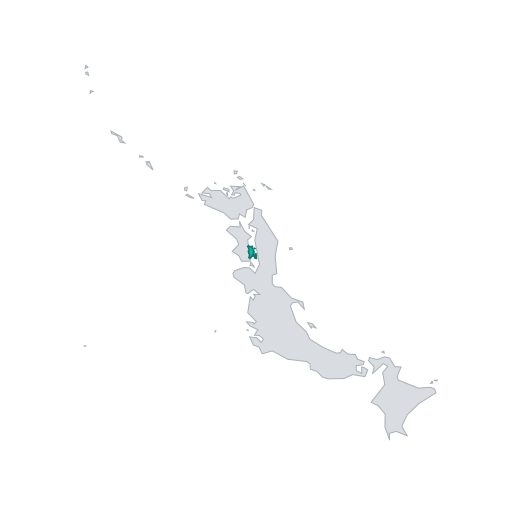 where Kagawa sits in Japan, rotated 100°
{"feature_id": "JPN-1833", "entity_name": "Kagawa", "entity_type": "Prefecture", "adm_level": 1, "iso_a3": "JPN", "parent_name": "Japan", "parent_adm1": "", "projection": "equal_earth", "projection_center": [134.035, 34.276], "detail": "fine", "context": "in_parent", "style": "filled", "palette": "teal", "viewbox_px": 512, "rotation_deg": 100, "n_neighbors": 0, "source": "natural_earth", "source_scale": "10m", "svg_char_len": 5665}
<svg xmlns="http://www.w3.org/2000/svg" viewBox="0 0 512 512"><g transform="rotate(100 256 256)"><path d="M348.7,126.1L355.9,127.9L356.0,140.2L361.4,148.1L364.5,163.9L363.6,169.7L358.9,176.2L358.0,182.8L353.0,184.0L351.1,187.5L352.2,206.8L346.6,223.4L351.2,232.9L345.3,237.0L344.0,243.2L336.8,248.3L336.4,241.0L340.1,235.6L336.4,234.2L333.8,238.9L334.3,243.8L328.2,241.4L326.0,249.7L322.5,253.9L321.9,247.1L323.3,246.2L320.6,244.3L313.2,254.3L297.0,254.6L300.0,251.0L295.5,249.8L294.2,251.7L293.2,245.7L289.4,252.8L294.4,257.4L294.1,259.5L286.6,262.3L280.7,274.1L277.5,275.6L274.0,274.3L269.3,265.6L268.9,260.2L273.4,253.9L263.7,251.1L240.7,259.9L228.8,259.5L226.3,268.8L220.5,264.7L208.6,266.2L210.0,258.2L215.0,257.8L237.6,237.0L252.8,237.1L269.8,232.5L272.0,236.7L280.2,235.2L282.9,232.1L282.5,225.5L291.3,213.8L293.3,201.8L300.0,199.2L294.1,206.7L295.8,212.0L299.1,213.6L314.2,204.9L321.9,193.2L328.6,188.5L334.4,174.0L337.7,160.3L336.6,156.1L333.0,154.9L336.6,148.7L335.8,141.1L340.0,138.0L341.3,131.0L344.6,131.7L346.5,138.3L351.6,137.3L353.1,131.5L347.0,132.7L347.0,130.6L348.7,126.1ZM386.1,79.5L398.4,82.8L406.8,75.8L404.4,87.5L407.5,93.9L414.2,92.4L402.1,99.3L389.2,101.4L382.3,109.6L380.0,117.2L360.5,106.8L348.8,111.0L341.8,107.1L339.8,111.9L351.4,120.7L344.7,120.5L339.5,127.0L336.3,126.6L337.0,118.7L333.1,112.2L333.3,106.7L340.9,100.1L340.1,93.9L350.4,96.1L353.5,94.3L357.9,73.1L355.0,61.3L356.0,57.0L359.5,55.1L372.9,69.8L386.1,79.5ZM212.2,273.3L219.8,273.3L217.4,279.6L222.6,280.0L224.1,287.2L219.1,295.2L214.2,315.8L210.3,315.1L210.7,318.7L204.6,323.3L206.1,309.9L202.8,312.7L203.2,320.2L196.8,315.7L199.4,311.9L197.7,302.5L204.3,292.2L202.2,291.5L203.0,288.2L198.6,281.5L197.0,282.9L197.6,287.8L199.8,287.7L200.0,290.7L195.8,289.3L191.6,293.2L190.5,283.8L195.0,287.8L189.1,280.4L205.7,267.1L209.1,268.2L212.2,273.3ZM252.3,259.1L262.2,261.4L263.7,269.2L258.5,273.2L255.7,280.2L247.7,275.1L242.7,278.0L235.7,289.7L231.2,286.5L230.1,276.6L224.6,278.4L233.5,271.7L237.7,263.9L241.4,267.0L247.0,265.4L247.3,261.1L252.3,259.1ZM167.5,409.3L161.6,413.5L160.5,419.3L158.2,420.5L162.2,408.5L165.1,409.0L167.5,404.8L167.5,409.3ZM317.5,189.1L312.6,193.5L312.9,188.8L316.4,184.4L315.8,188.9L317.5,189.1ZM189.3,372.3L184.4,380.0L181.4,377.6L189.3,372.3ZM196.1,299.8L194.3,299.5L195.1,294.1L197.4,293.8L196.1,299.8ZM266.5,260.2L262.6,260.1L267.5,255.3L266.1,258.1L266.5,260.2ZM203.5,338.0L200.9,338.0L200.1,335.6L203.8,335.6L203.5,338.0ZM188.0,255.4L185.0,258.7L187.7,252.6L188.0,255.4ZM208.4,335.4L207.1,334.5L210.0,327.0L209.9,330.6L208.4,335.4ZM175.7,289.1L178.2,289.5L179.0,291.6L176.0,292.5L175.7,289.1ZM186.0,260.3L183.7,263.0L184.2,259.6L186.0,260.3ZM101.0,456.9L97.8,456.7L97.9,456.1L99.3,454.2L101.0,456.9ZM244.1,223.9L242.2,224.4L241.7,222.2L243.0,221.3L244.1,223.9ZM181.7,288.0L180.6,285.8L182.3,282.4L183.3,285.0L181.7,288.0ZM107.2,452.1L106.2,455.3L104.7,455.5L104.0,453.7L107.2,452.1ZM178.8,388.1L177.4,388.0L177.5,384.6L178.2,384.3L178.8,388.1ZM351.2,61.9L349.1,61.3L349.0,60.4L350.5,59.9L351.2,61.9ZM201.7,294.2L199.2,296.1L198.5,295.3L201.7,294.2ZM328.7,115.4L327.6,113.6L329.3,112.9L328.7,115.4ZM227.2,268.2L228.7,267.5L230.6,267.4L227.2,268.2ZM347.7,56.2L347.6,59.3L346.6,55.9L347.7,56.2ZM188.1,279.4L186.1,281.5L189.0,278.0L188.1,279.4ZM124.6,447.6L121.9,447.8L122.2,445.0L123.0,446.3L124.6,447.6ZM192.1,269.0L190.6,270.7L191.3,268.4L192.1,269.0ZM257.7,255.5L256.7,257.6L255.7,255.8L257.7,255.5ZM182.8,379.1L182.4,380.6L181.8,378.8L182.8,379.1ZM330.9,250.9L330.4,252.6L330.1,250.9L330.9,250.9ZM191.7,309.2L190.5,309.7L191.7,308.3L191.7,309.2ZM232.1,262.4L232.1,264.3L230.9,264.1L232.1,262.4ZM338.0,283.1L336.6,283.4L336.6,282.5L338.0,283.1ZM374.6,408.2L374.8,410.1L373.8,408.0L374.6,408.2Z" fill="#d9dde1" stroke="#a8b0b8" stroke-width="1"/><path d="M247.2,265.3L247.6,264.9L247.8,264.6L247.9,264.2L248.0,263.3L247.9,262.5L247.9,262.2L247.8,261.9L247.6,261.7L247.3,261.5L247.1,261.3L246.9,261.1L246.7,260.8L247.0,261.0L247.4,261.2L247.8,261.3L248.1,261.2L248.3,261.5L248.7,261.3L249.2,260.9L249.5,260.6L249.9,260.2L250.8,259.8L251.2,259.5L251.4,259.3L251.5,259.0L251.6,258.8L251.8,258.7L252.1,258.6L252.3,258.5L252.6,258.8L252.9,258.8L253.1,259.0L253.3,259.1L253.6,259.0L253.7,258.9L254.2,259.1L254.3,259.0L254.5,258.5L254.7,258.8L254.8,258.7L254.9,258.3L255.1,258.2L255.2,258.4L255.3,258.6L255.4,258.8L255.4,259.3L255.4,259.5L255.7,259.6L255.8,259.5L256.1,259.1L256.2,258.9L256.5,259.2L256.8,259.3L256.9,259.6L256.7,260.1L257.3,260.5L257.5,260.5L258.0,260.9L258.2,261.0L258.6,260.9L258.7,261.0L258.8,261.1L259.0,261.4L259.4,261.7L259.4,261.8L259.1,262.6L258.9,262.7L258.7,262.8L258.2,262.6L256.2,262.6L255.5,262.7L255.2,262.8L255.0,263.0L254.8,263.4L254.6,263.6L254.4,263.7L253.7,263.8L253.0,264.2L252.8,264.3L252.5,264.4L252.3,264.3L252.2,264.2L251.9,263.9L251.6,263.8L250.6,264.0L250.4,264.1L250.2,264.4L250.0,264.5L249.5,264.6L249.4,264.7L249.2,264.9L248.9,265.1L248.8,265.3L248.1,265.8L247.9,265.5L247.6,265.4L247.2,265.3L247.2,265.3ZM258.3,255.1L258.3,255.3L258.3,255.5L258.4,255.9L258.3,256.5L258.0,257.5L258.0,257.3L257.8,257.2L257.6,257.2L257.4,257.2L257.7,257.1L257.8,256.9L257.6,256.8L257.3,256.9L257.1,257.1L257.0,257.4L256.8,257.7L256.6,257.8L256.6,257.1L256.5,256.9L256.2,256.7L255.7,256.8L255.4,256.6L255.5,256.5L255.5,256.2L255.6,255.8L256.0,255.9L256.3,255.8L256.9,255.4L257.1,255.4L257.6,255.3L258.1,255.1L258.3,255.1ZM253.7,256.7L253.7,256.4L253.8,256.4L254.1,256.2L254.3,256.2L254.4,256.3L254.5,256.3L254.5,256.5L254.2,256.9L253.7,256.7ZM249.0,258.2L249.1,258.4L249.1,258.6L249.0,258.8L248.9,258.9L248.8,259.0L248.7,259.0L248.6,258.7L248.8,258.2L249.0,258.2Z" fill="#14b8a6" stroke="#0f766e" stroke-width="1.5"/></g></svg>